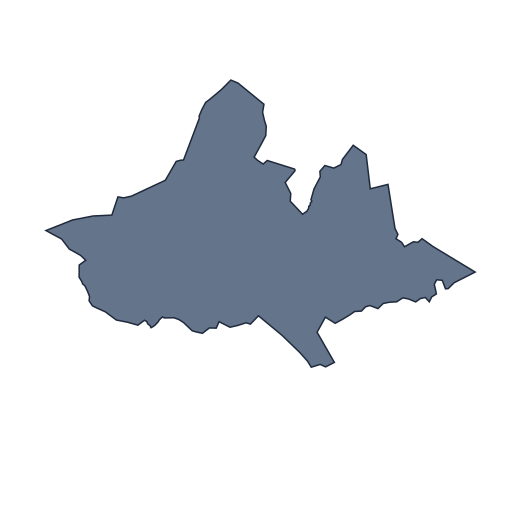 outline of Tofa, Kano, Nigeria, rotated 134°
{"feature_id": "59680162B46902450612836", "entity_name": "Tofa", "entity_type": "district", "adm_level": 2, "iso_a3": "NGA", "parent_name": "Nigeria", "parent_adm1": "Kano", "projection": "orthographic", "projection_center": [8.331, 12.025], "detail": "fine", "context": "isolated", "style": "filled", "palette": "slate", "viewbox_px": 512, "rotation_deg": 134, "n_neighbors": 0, "source": "geoboundaries", "source_scale": "gbopen_adm2", "svg_char_len": 2120}
<svg xmlns="http://www.w3.org/2000/svg" viewBox="0 0 512 512"><g transform="rotate(134 256 256)"><path d="M115.3,87.2L126.2,135.1L128.2,148.6L133.6,149.0L136.5,152.7L146.2,155.6L145.0,160.7L146.3,167.3L141.9,168.9L139.6,175.2L112.8,210.8L128.3,220.5L106.5,247.2L108.8,263.0L126.5,260.9L131.2,258.4L138.7,261.1L143.1,269.3L150.7,268.9L154.4,264.7L167.4,260.9L172.6,258.1L177.3,255.6L177.8,253.9L180.3,253.7L181.6,252.4L183.4,252.6L185.4,251.2L188.2,250.5L193.6,251.5L192.8,269.4L186.9,274.4L182.8,286.1L167.8,287.1L167.0,287.7L166.7,288.7L179.5,314.3L184.9,314.7L186.1,321.5L186.2,326.0L174.5,329.2L162.6,332.6L155.5,338.8L152.5,344.3L148.0,351.1L141.3,355.7L141.7,359.8L144.1,389.1L146.9,396.3L160.3,396.5L176.1,398.2L180.5,398.9L188.5,396.6L194.9,394.1L196.2,392.5L237.3,374.8L239.4,376.7L240.3,377.3L243.4,379.1L263.8,374.0L264.7,373.9L299.5,387.2L306.1,391.6L309.4,396.4L326.7,388.1L340.4,401.0L357.5,413.0L383.6,424.8L381.5,417.1L380.7,414.4L378.8,407.5L380.7,395.1L380.6,394.8L380.5,394.3L377.4,382.6L377.4,375.5L385.2,376.9L385.3,376.9L388.9,373.5L390.1,372.3L394.1,368.6L395.3,363.8L396.5,361.2L396.3,358.5L398.2,353.2L400.7,347.7L402.7,346.1L404.2,344.9L405.5,339.0L404.0,334.4L400.8,325.5L399.1,312.0L393.0,302.6L387.8,292.9L379.7,291.6L379.6,290.8L379.2,289.9L378.9,289.3L379.2,288.5L379.6,287.8L380.0,286.8L380.0,285.9L379.6,284.3L380.5,281.7L378.3,281.0L375.9,280.6L371.9,280.6L368.8,281.2L364.8,281.0L364.3,279.0L357.5,272.2L355.3,267.4L354.2,261.8L354.1,249.9L352.2,246.3L348.8,240.8L340.2,239.6L335.5,234.5L328.9,236.9L325.3,225.2L318.5,220.8L310.9,216.7L308.9,212.7L297.3,212.7L295.0,182.5L295.0,157.4L295.2,154.5L295.9,145.8L297.6,139.0L289.4,134.5L287.4,128.9L282.1,127.1L278.1,125.7L268.4,159.1L251.8,163.6L249.4,152.3L241.5,149.8L233.1,147.6L227.4,146.5L222.4,141.9L216.4,141.9L212.5,139.6L209.1,131.7L201.7,131.5L196.3,127.7L191.3,123.0L184.1,121.3L180.9,116.3L178.1,109.2L172.4,108.2L168.2,105.3L168.6,99.5L163.3,101.2L158.0,99.9L155.3,103.8L152.6,108.0L149.4,109.0L147.5,109.4L144.1,105.1L148.0,96.9L146.0,95.1L137.6,94.9L115.3,87.2Z" fill="#64748b" stroke="#1e293b" stroke-width="1.5"/></g></svg>